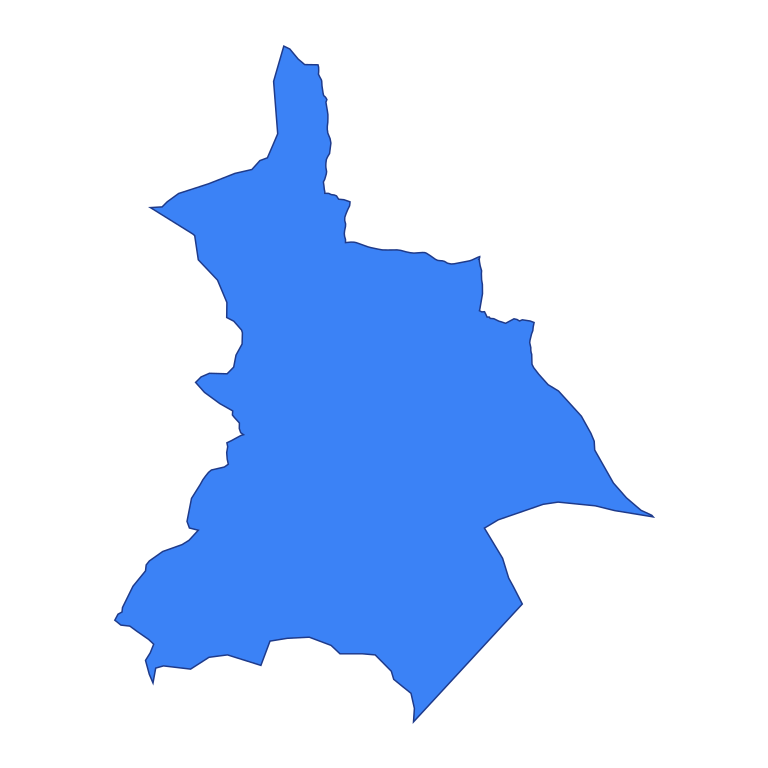 the district of Okpokwu, Benue, Nigeria
{"feature_id": "59680162B94450341733030", "entity_name": "Okpokwu", "entity_type": "district", "adm_level": 2, "iso_a3": "NGA", "parent_name": "Nigeria", "parent_adm1": "Benue", "projection": "orthographic", "projection_center": [7.847, 7.064], "detail": "fine", "context": "isolated", "style": "filled", "palette": "blue", "viewbox_px": 768, "rotation_deg": 0, "n_neighbors": 0, "source": "geoboundaries", "source_scale": "gbopen_adm2", "svg_char_len": 3386}
<svg xmlns="http://www.w3.org/2000/svg" viewBox="0 0 768 768"><path d="M413.5,721.9L522.3,604.0L513.4,586.7L508.7,578.1L502.6,558.3L484.4,528.1L498.3,519.8L543.2,504.3L558.1,502.1L595.2,505.8L614.7,510.6L644.7,515.5L653.2,516.9L651.8,515.3L641.0,510.3L626.4,497.8L613.4,483.0L594.7,450.0L594.2,441.2L590.9,433.3L581.4,416.2L558.5,391.0L548.1,384.7L538.8,374.3L533.7,367.7L532.0,364.3L531.9,361.6L531.7,354.2L531.2,352.8L530.8,350.3L530.8,347.6L529.7,342.7L530.0,340.3L531.6,333.8L532.8,330.7L533.2,326.9L534.1,322.5L530.2,321.0L522.3,319.8L519.5,321.0L517.0,319.5L514.0,318.8L509.7,321.1L505.6,323.3L501.5,321.9L499.0,321.2L496.9,320.2L493.8,318.7L490.2,318.4L489.3,317.1L487.0,317.0L486.2,315.1L484.5,311.7L481.8,311.9L479.4,310.7L479.9,308.8L482.5,293.7L482.4,284.5L481.6,279.8L481.4,273.6L481.6,270.8L480.2,265.9L479.7,263.1L479.4,261.3L479.3,259.7L478.7,259.4L479.3,258.6L479.6,257.7L479.7,257.3L479.7,256.6L477.8,257.3L472.2,259.9L469.7,260.8L465.1,261.7L459.4,262.8L454.1,263.8L451.2,264.0L447.5,263.2L444.5,261.4L442.3,260.8L440.5,260.7L437.7,260.4L435.4,259.3L430.6,255.9L426.4,253.2L424.8,252.6L422.6,252.5L413.9,253.1L410.2,252.7L406.3,251.9L400.8,250.4L397.1,249.9L387.5,250.0L382.3,249.9L377.9,249.1L370.8,247.6L367.8,246.8L359.0,243.6L356.1,242.6L354.1,242.2L351.0,242.1L345.5,242.6L345.5,239.5L344.6,236.4L344.3,233.6L344.6,230.7L345.5,226.4L345.6,223.9L344.7,220.5L344.8,217.3L346.0,213.8L347.8,209.5L349.6,205.8L349.9,203.6L350.0,201.8L343.9,199.7L338.6,199.2L336.5,195.9L334.3,195.0L331.3,194.6L328.7,193.4L324.8,193.3L324.8,191.7L324.3,189.3L323.9,185.6L323.5,182.8L323.4,181.9L324.7,179.4L325.3,177.4L326.3,173.9L326.6,171.6L325.9,167.6L325.8,165.6L325.9,163.1L326.4,159.4L327.6,156.8L329.6,153.4L329.7,152.3L330.1,149.3L330.9,143.1L330.1,138.7L327.7,132.8L327.6,131.2L327.3,129.7L327.3,126.5L327.5,124.7L327.8,122.2L327.9,118.1L327.9,114.6L327.7,113.2L327.4,111.1L326.4,105.1L325.9,102.1L326.3,101.2L326.6,100.3L326.9,99.6L325.9,97.8L325.2,96.9L323.8,95.7L323.5,95.0L323.0,92.7L322.5,89.3L322.0,86.0L321.7,81.1L321.4,79.9L319.7,76.8L318.4,74.1L318.6,72.9L318.7,70.5L318.6,67.2L318.0,64.8L304.7,64.6L298.1,59.0L289.8,49.0L283.8,46.1L276.0,73.0L273.6,81.4L277.7,133.8L273.1,144.6L267.4,157.8L259.9,160.6L251.9,169.5L234.9,173.4L208.8,183.7L178.6,193.5L167.2,201.8L162.1,206.9L150.4,207.6L192.8,234.0L194.7,235.6L198.3,259.8L217.5,280.1L226.9,302.5L226.7,317.5L233.8,321.2L241.6,330.1L242.4,332.8L242.1,344.0L236.0,355.1L233.7,367.1L227.1,373.8L209.4,373.3L201.1,376.9L195.6,382.4L204.5,392.4L219.8,403.6L232.7,410.9L232.4,415.0L234.4,417.5L239.4,423.0L239.3,428.6L240.7,432.7L243.5,434.7L240.9,435.5L235.5,438.4L231.3,440.7L226.9,442.8L227.7,446.7L226.7,452.6L227.2,459.1L228.3,464.2L224.4,467.0L211.4,470.0L208.5,472.4L205.6,476.0L202.9,479.7L200.3,484.4L191.5,498.4L187.0,521.4L189.4,528.0L195.4,529.5L198.3,530.2L189.0,540.3L182.1,544.6L162.7,551.5L149.4,560.9L146.2,564.9L145.5,570.9L133.0,586.2L122.5,607.5L122.0,612.0L118.0,614.2L114.8,620.2L120.9,625.1L129.8,626.1L137.2,631.5L148.6,639.4L153.7,644.2L150.2,652.9L145.5,660.4L149.3,674.3L153.0,683.0L155.7,668.1L163.5,665.9L190.6,669.1L209.0,657.3L219.6,655.9L227.5,654.9L246.9,661.0L260.9,665.4L270.0,641.1L287.3,638.3L309.3,637.2L331.1,645.4L340.0,653.8L362.5,653.8L375.2,654.9L391.3,671.2L393.7,679.3L403.0,686.9L411.0,693.3L414.4,708.4L413.5,721.9Z" fill="#3b82f6" stroke="#1e3a8a" stroke-width="1.5"/></svg>